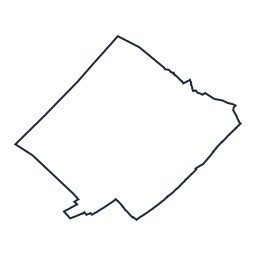 Wassenaar, Zuid-Holland, Netherlands
{"feature_id": "6326949B22720644545948", "entity_name": "Wassenaar", "entity_type": "district", "adm_level": 2, "iso_a3": "NLD", "parent_name": "Netherlands", "parent_adm1": "Zuid-Holland", "projection": "natural_earth1", "projection_center": [4.386, 52.144], "detail": "fine", "context": "isolated", "style": "outline", "palette": "slate", "viewbox_px": 256, "rotation_deg": 0, "n_neighbors": 0, "source": "geoboundaries", "source_scale": "gbopen_adm2", "svg_char_len": 5106}
<svg xmlns="http://www.w3.org/2000/svg" viewBox="0 0 256 256"><path d="M136.4,219.8L136.7,219.5L137.1,219.2L138.6,218.2L139.9,217.2L140.4,216.9L140.6,216.8L141.1,216.5L142.3,215.8L145.9,213.4L146.9,212.7L148.5,211.7L148.8,211.4L149.4,210.9L151.2,209.7L151.9,209.3L153.5,208.0L155.0,207.0L155.8,206.3L156.2,205.9L156.8,205.6L157.2,205.2L157.6,205.0L158.0,204.7L158.4,204.4L159.2,203.7L159.5,203.6L160.1,203.0L160.4,202.8L160.7,202.7L160.9,202.5L161.2,202.2L161.5,201.9L161.5,201.7L162.0,201.4L162.8,200.8L163.2,200.5L163.5,200.4L163.8,200.2L164.8,199.2L165.0,198.8L165.2,198.7L165.5,198.4L166.1,198.0L166.5,197.6L166.9,197.1L167.7,196.2L167.8,196.2L168.0,196.2L168.0,196.3L168.1,196.2L168.3,196.1L169.4,195.1L169.8,194.9L170.2,194.6L170.8,194.1L171.1,193.9L171.3,193.8L171.7,193.3L171.9,193.2L172.3,192.9L172.6,192.7L173.2,192.2L173.4,191.9L174.2,191.2L174.5,190.8L175.5,189.8L176.1,189.3L176.4,189.0L176.6,188.8L176.8,188.6L177.1,188.5L177.6,188.3L177.7,188.2L178.0,187.7L178.3,187.4L178.7,187.1L179.0,186.8L179.2,186.6L179.5,186.2L179.8,185.8L180.3,185.4L181.0,184.6L181.6,184.0L182.0,183.6L182.4,183.2L183.6,182.1L184.0,181.7L184.5,181.2L184.8,180.9L185.0,180.7L185.0,180.4L185.3,180.1L185.5,180.0L186.3,179.0L186.6,179.0L187.3,178.3L188.8,176.8L190.0,175.7L191.0,174.5L193.1,172.7L194.6,171.1L196.2,169.5L196.2,169.4L195.8,168.8L195.6,168.6L197.2,167.5L198.8,166.5L199.5,166.1L200.8,165.3L201.2,165.1L201.8,164.8L201.7,164.8L201.9,164.7L202.0,164.7L202.4,164.4L203.1,164.2L204.0,163.0L205.4,161.4L207.7,158.8L209.9,156.1L210.3,155.7L210.7,155.1L211.5,154.2L212.1,153.5L213.3,152.0L213.4,151.9L213.1,151.7L213.4,151.4L214.4,150.3L216.4,148.1L216.3,147.8L216.3,147.7L219.1,144.8L219.4,144.5L222.0,141.8L222.2,142.0L223.5,140.6L224.2,139.9L225.1,138.9L225.8,138.2L226.3,137.6L227.7,136.0L228.0,135.7L229.6,134.4L229.5,134.2L231.8,132.1L236.1,128.0L236.0,127.9L236.7,127.3L237.4,126.7L239.2,124.9L240.3,123.9L240.6,123.6L239.7,122.9L239.5,122.6L239.3,122.1L238.9,121.3L237.9,119.5L236.9,117.4L236.9,116.9L236.3,115.8L234.4,112.3L233.2,110.1L233.5,108.6L233.7,107.4L235.6,105.6L235.1,105.3L234.4,104.8L234.2,104.7L233.9,104.6L233.3,104.5L233.0,104.4L232.4,104.1L231.8,104.0L231.6,103.9L231.0,103.7L230.6,103.6L229.5,103.4L228.6,103.2L227.4,102.9L227.2,102.8L227.0,102.7L226.5,102.2L226.1,102.1L224.3,101.4L223.5,101.0L222.5,100.5L222.2,100.4L221.9,100.3L220.1,100.0L215.7,99.2L215.0,99.1L214.7,99.0L214.3,98.9L214.1,98.8L209.7,96.0L209.1,95.6L205.3,93.1L205.0,93.2L204.9,93.2L204.8,93.3L204.6,93.4L204.4,93.5L203.9,93.8L203.6,94.0L203.3,94.2L203.1,94.4L202.9,94.6L202.6,94.7L202.3,94.7L202.2,94.6L202.0,94.4L201.8,94.4L201.6,94.3L201.5,94.2L201.1,94.0L200.7,93.8L200.0,93.5L199.7,93.3L198.4,93.1L197.6,92.6L197.2,92.3L197.0,92.1L196.9,91.9L196.7,91.7L196.4,91.2L196.1,90.9L195.9,90.6L195.7,90.5L195.6,90.4L195.3,90.4L194.4,90.8L194.1,91.0L193.9,91.0L193.7,91.0L193.3,91.0L193.3,90.9L193.2,90.9L193.1,90.5L192.9,90.2L192.7,90.0L192.5,89.7L192.5,89.1L192.4,88.9L192.3,88.7L192.3,88.3L192.2,88.1L192.2,87.6L192.1,87.4L192.0,87.0L191.8,86.4L191.8,86.2L191.6,85.7L190.9,84.6L190.8,84.3L190.8,84.2L190.9,83.8L191.0,83.6L191.2,83.3L191.2,83.1L191.2,82.8L191.1,82.6L190.9,82.1L190.9,81.9L190.5,81.5L190.3,80.9L190.1,80.5L190.1,80.3L190.0,79.9L187.8,81.1L183.3,83.4L183.1,83.0L182.5,82.0L182.3,81.7L182.2,81.8L176.6,76.3L175.1,75.1L174.9,75.2L173.5,73.8L173.7,73.7L172.9,72.9L173.0,72.8L172.9,72.8L172.8,72.7L172.6,72.7L172.4,72.6L172.1,72.6L171.9,72.5L171.5,72.3L171.2,72.1L170.8,72.0L170.6,71.9L170.3,71.6L170.2,71.3L169.7,70.7L169.1,70.1L168.6,69.9L168.2,69.8L167.8,69.7L167.5,69.6L167.2,69.6L166.3,69.5L165.3,69.3L165.0,69.2L164.9,69.0L164.7,68.8L164.5,68.6L164.4,68.4L164.4,68.2L164.1,67.7L147.4,53.9L139.7,47.6L138.6,46.9L117.8,36.2L107.7,47.6L92.5,64.6L77.7,81.6L61.0,98.7L44.5,115.7L15.4,144.3L31.9,154.9L33.6,156.3L49.5,171.3L64.5,185.4L68.1,188.8L68.7,189.4L73.6,194.0L78.3,199.3L77.6,199.7L75.7,200.9L75.6,201.0L75.4,201.2L75.3,201.3L75.2,201.4L74.9,201.6L74.4,201.8L77.1,204.3L76.8,204.5L74.5,205.8L73.2,206.5L67.3,209.7L64.0,211.5L65.1,212.8L67.0,214.8L68.3,216.2L69.9,218.1L70.1,218.3L70.5,218.2L71.3,217.9L71.6,217.8L74.0,216.9L76.9,215.8L77.8,215.4L78.6,215.1L81.7,213.7L82.2,213.4L82.4,213.7L82.6,213.6L83.4,213.1L83.7,212.9L84.1,212.6L84.4,212.3L85.0,213.1L85.8,214.1L86.4,214.8L87.7,214.2L88.4,213.9L88.8,213.8L89.0,213.7L89.4,213.6L89.7,213.5L90.4,213.1L90.5,213.1L90.9,213.6L91.9,214.7L93.6,213.8L94.1,213.4L96.5,212.2L97.9,211.3L98.1,211.1L100.1,209.8L103.2,208.0L108.6,204.4L110.6,203.1L113.1,201.4L114.7,200.1L115.5,199.2L115.7,199.4L116.0,199.7L116.3,199.8L116.5,200.0L117.8,201.1L118.0,201.1L118.2,201.4L119.2,202.4L119.5,202.8L119.9,203.2L122.4,206.0L122.5,206.2L122.5,206.3L122.4,206.5L122.6,206.7L122.8,206.5L123.1,206.8L123.5,207.3L123.7,207.6L123.9,208.0L124.1,208.4L124.3,208.7L124.5,209.0L124.8,209.4L125.2,209.9L125.4,210.2L125.5,210.3L126.2,210.7L126.4,210.9L126.6,211.1L127.1,211.5L128.2,212.8L130.0,214.8L130.3,215.1L130.5,215.4L131.5,216.4L132.0,216.8L132.5,217.4L133.1,217.1L133.7,217.6L135.1,218.6L135.9,219.3L136.4,219.8Z" fill="none" stroke="#1e293b" stroke-width="2"/></svg>